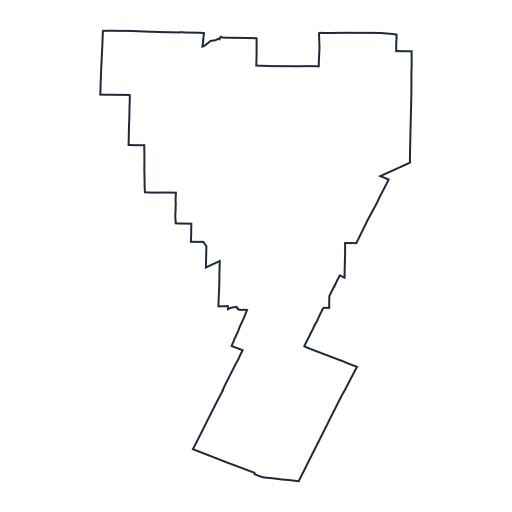 the district of Motatei, Dolj, Romania
{"feature_id": "2599482B85441344014626", "entity_name": "Motatei", "entity_type": "district", "adm_level": 2, "iso_a3": "ROU", "parent_name": "Romania", "parent_adm1": "Dolj", "projection": "equal_earth", "projection_center": [23.194, 44.054], "detail": "fine", "context": "isolated", "style": "outline", "palette": "slate", "viewbox_px": 512, "rotation_deg": 0, "n_neighbors": 0, "source": "geoboundaries", "source_scale": "gbopen_adm2", "svg_char_len": 5834}
<svg xmlns="http://www.w3.org/2000/svg" viewBox="0 0 512 512"><path d="M298.6,481.3L299.0,480.5L302.1,474.3L304.4,470.0L306.4,465.8L308.3,462.0L325.4,428.1L330.0,418.8L342.5,394.0L344.4,390.9L344.9,390.0L345.8,388.3L346.9,386.1L351.1,378.1L355.5,369.6L357.0,366.8L351.2,364.7L348.4,363.6L345.2,362.2L341.3,360.6L337.5,359.3L333.2,357.6L327.6,355.5L325.3,354.6L312.4,349.7L310.0,348.8L304.3,346.3L304.4,345.8L304.9,345.1L305.3,344.1L305.5,343.7L307.9,338.9L308.2,338.3L309.3,336.1L309.9,335.0L310.0,334.9L310.3,334.2L310.6,333.6L311.8,331.1L312.6,329.6L313.0,328.8L313.5,327.7L313.7,327.3L314.9,324.6L315.0,324.6L315.1,324.3L315.5,323.7L316.1,322.7L316.7,321.8L317.1,320.9L318.5,317.7L319.0,316.6L319.7,315.2L320.2,314.0L320.9,312.6L321.6,311.3L322.4,309.6L322.9,308.7L323.1,308.5L323.3,308.2L323.5,307.9L329.2,307.9L329.2,306.1L329.2,304.8L329.2,303.6L329.2,302.9L329.3,298.3L329.3,296.1L331.6,291.5L332.0,290.6L332.2,290.4L333.2,288.2L333.7,287.2L334.2,286.9L334.1,286.7L334.5,285.7L334.9,284.9L335.2,284.9L335.2,284.4L336.2,282.5L337.4,279.9L338.9,277.2L339.2,276.5L339.5,275.9L339.7,275.4L339.8,275.4L340.2,275.6L340.9,275.9L341.6,276.3L343.3,277.1L344.5,277.7L344.6,276.1L344.7,268.5L345.1,253.3L345.1,245.9L345.1,243.0L353.6,243.1L356.4,243.1L357.5,240.7L368.1,219.2L370.4,215.0L375.6,205.4L378.2,200.3L378.5,199.6L378.5,199.3L378.6,199.1L378.9,198.6L379.4,197.7L380.6,195.1L381.2,194.1L381.6,193.4L383.2,190.2L383.9,188.9L384.2,188.4L384.4,187.9L384.7,187.5L384.8,187.2L385.2,186.3L385.6,185.5L386.2,184.6L386.7,183.5L386.9,182.9L387.7,181.6L388.6,179.5L384.2,177.7L380.3,176.1L409.9,162.7L410.0,161.5L409.9,159.0L410.4,134.8L411.3,97.7L411.3,96.5L411.4,94.4L411.3,93.3L411.4,89.9L411.4,89.0L411.4,85.5L411.4,84.7L411.4,80.1L411.4,78.6L411.4,75.7L411.4,74.6L411.4,72.4L411.5,69.6L411.5,69.1L411.6,68.3L411.6,67.6L411.6,66.5L411.6,65.7L411.7,64.4L411.7,63.4L411.7,62.7L411.6,61.8L411.6,60.6L411.6,60.3L411.6,59.3L411.6,58.1L411.6,57.6L411.7,56.6L411.6,56.0L411.7,55.5L411.6,55.2L411.6,51.3L396.2,51.1L396.2,49.8L396.2,43.6L396.5,38.3L396.6,34.6L392.5,34.0L390.6,33.8L388.2,33.6L387.5,33.6L384.7,33.3L383.2,33.2L382.3,33.1L380.7,33.0L373.7,32.9L368.1,32.9L366.3,32.8L363.9,32.9L362.4,32.8L358.3,32.9L353.8,32.8L352.2,32.9L348.8,32.8L347.3,32.8L343.3,32.8L342.6,32.8L341.6,32.9L341.3,32.9L340.7,32.9L335.4,32.9L333.5,33.0L331.9,33.0L331.2,33.0L324.9,33.0L321.3,32.9L321.2,32.9L319.4,32.9L319.1,33.1L319.0,33.4L319.5,48.2L319.3,51.4L319.1,56.4L318.8,62.9L318.8,66.3L314.0,66.2L307.2,66.1L302.8,66.1L302.7,66.2L301.4,66.3L288.5,66.2L284.1,66.2L272.0,66.1L256.3,65.6L256.6,52.7L256.6,46.4L256.6,40.9L256.6,38.4L256.5,38.2L240.9,37.9L225.7,37.7L221.9,37.5L221.4,37.2L221.1,36.8L220.0,37.5L219.5,39.3L217.6,39.0L216.2,39.9L215.2,40.3L212.6,40.6L210.9,40.9L209.8,41.4L208.2,42.9L204.8,45.5L202.8,46.5L202.4,46.6L203.3,40.2L203.1,40.2L203.6,36.2L204.0,33.2L203.2,33.3L202.8,33.1L201.1,32.8L200.6,32.8L199.9,32.8L199.5,32.8L198.3,32.8L198.1,32.7L197.7,32.7L197.3,32.8L196.3,32.7L195.9,32.6L195.6,32.7L194.3,32.7L193.3,32.7L190.4,32.6L190.0,32.6L187.5,32.5L186.6,32.5L185.1,32.5L184.5,32.4L184.1,32.4L182.8,32.3L180.6,32.2L180.0,32.2L179.7,32.3L179.1,32.4L178.6,32.5L177.8,32.4L176.7,32.4L175.9,32.3L172.2,32.3L171.4,32.3L169.0,32.2L167.0,32.2L164.8,32.2L164.2,32.1L163.2,32.1L159.9,32.0L158.5,32.0L153.3,31.8L148.6,31.7L144.6,31.5L137.1,31.2L132.7,31.0L127.9,30.9L116.6,30.9L115.2,30.8L114.1,30.8L113.6,30.8L112.6,30.7L112.2,30.8L111.4,30.7L108.3,30.8L108.1,30.7L107.6,30.7L106.9,30.8L104.6,30.8L103.9,30.8L103.1,30.8L102.9,30.9L102.8,34.0L102.6,37.6L102.6,39.1L102.5,40.6L102.4,44.0L102.0,52.2L101.6,60.3L101.4,64.6L101.1,70.6L101.1,71.6L101.0,73.7L100.9,77.9L100.7,80.8L100.4,92.4L100.3,93.8L100.3,94.6L103.6,94.7L114.8,94.8L116.2,94.8L120.3,94.9L123.4,94.9L125.5,94.9L129.7,95.0L129.8,96.3L129.8,97.2L129.7,102.1L129.7,104.0L129.5,105.8L129.5,106.2L129.5,108.6L129.5,109.8L129.4,111.6L129.4,112.9L129.4,115.3L129.4,116.3L129.3,117.2L129.2,121.3L129.1,122.6L129.0,124.6L129.0,125.4L129.0,126.2L128.9,129.2L128.9,131.5L128.8,135.4L128.8,137.1L128.7,139.8L128.6,145.0L135.5,145.2L144.3,145.2L144.3,148.4L144.4,156.7L144.4,160.8L144.4,164.5L144.3,168.1L144.4,173.7L144.5,176.3L144.6,183.0L144.6,185.3L144.9,192.3L145.1,192.4L145.8,192.4L149.3,192.5L152.2,192.6L153.2,192.6L158.8,192.6L160.6,192.6L162.3,192.5L172.4,192.6L175.9,192.7L175.8,195.5L175.6,198.5L175.6,201.1L175.7,202.2L175.7,203.7L175.7,206.0L175.5,207.4L175.6,208.5L175.6,209.9L175.4,213.0L175.3,215.3L175.3,216.9L175.6,220.9L175.6,223.3L179.3,223.5L183.7,223.5L188.6,223.7L191.3,223.7L191.3,226.2L191.2,229.4L191.2,233.5L191.1,236.3L190.9,241.8L201.4,241.9L203.3,241.9L206.4,246.3L205.9,267.5L213.0,264.1L215.2,263.2L219.7,261.0L219.7,261.9L219.7,263.7L219.6,267.9L219.5,271.2L219.4,272.1L219.4,274.7L219.3,284.3L218.6,300.7L218.5,304.5L218.5,306.4L227.8,306.1L228.0,309.2L228.7,308.8L230.5,308.0L232.7,307.4L234.1,307.2L235.5,307.0L236.4,307.0L236.8,307.1L236.9,307.7L237.0,308.0L237.3,308.3L237.8,308.5L237.9,309.3L238.4,309.4L239.2,309.7L240.4,309.8L243.1,309.9L244.2,309.8L247.0,309.9L246.5,311.3L244.5,316.4L242.0,322.1L240.9,324.2L239.9,326.5L239.5,327.3L239.1,328.4L238.7,329.6L237.7,332.2L236.9,333.8L236.1,335.5L235.4,337.1L235.1,337.8L234.5,338.6L234.2,339.8L233.7,341.2L233.1,342.5L232.6,343.5L232.2,344.5L231.6,346.0L233.4,346.7L242.6,350.2L241.9,351.7L240.3,354.8L238.4,359.1L236.3,362.8L225.5,384.1L222.9,389.6L222.7,390.0L223.0,390.1L222.8,390.6L219.0,397.6L213.1,409.2L200.0,435.3L192.9,449.2L200.6,452.2L203.2,453.2L209.4,455.6L225.7,462.0L232.4,464.5L243.7,468.7L247.6,470.2L250.2,471.2L251.7,471.8L253.2,472.3L254.0,472.6L254.4,472.9L254.7,473.4L254.8,474.0L254.7,474.2L258.1,475.6L262.2,477.1L263.3,477.3L266.0,477.7L267.6,477.8L271.2,478.1L283.1,479.6L287.4,479.9L291.1,480.3L298.2,481.2L298.6,481.3Z" fill="none" stroke="#1e293b" stroke-width="2"/></svg>